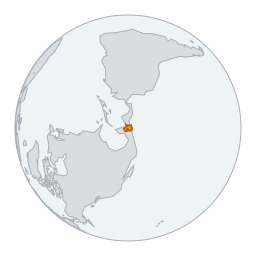 Guatemala highlighted on a globe, orthographic projection, rotated 236°
{"feature_id": "GTM", "entity_name": "Guatemala", "entity_type": "country or territory", "adm_level": 0, "iso_a3": "GTM", "parent_name": "North America", "parent_adm1": "", "projection": "orthographic", "projection_center": [-90.227, 15.776], "detail": "fine", "context": "on_globe", "style": "filled", "palette": "amber", "viewbox_px": 256, "rotation_deg": 236, "n_neighbors": 0, "source": "natural_earth", "source_scale": "50m", "svg_char_len": 9126}
<svg xmlns="http://www.w3.org/2000/svg" viewBox="0 0 256 256"><g transform="rotate(236 128 128)"><circle cx="128" cy="128" r="113" fill="#eef3f6" stroke="#a8b0b8"/><path d="M151.3,142.0L148.6,140.9L146.1,144.4L136.8,139.4L133.2,132.8L103.4,122.3L100.1,118.8L99.7,113.2L88.2,94.6L93.9,111.9L89.8,108.4L86.1,102.2L87.9,100.8L85.0,91.7L81.1,88.2L79.8,77.2L85.5,64.0L87.0,66.2L88.2,63.1L86.4,60.4L85.0,59.4L86.8,47.6L82.1,41.4L77.3,42.4L80.9,40.2L69.5,44.5L64.8,44.6L72.2,42.8L74.5,41.4L72.4,40.4L74.3,38.8L74.4,37.5L76.9,35.8L81.1,35.3L82.8,34.3L81.1,33.7L82.6,31.9L84.8,32.8L87.6,29.9L95.0,29.2L98.7,34.5L104.9,33.9L114.1,39.1L115.4,37.6L119.7,39.2L122.7,38.2L123.5,39.8L125.2,37.7L123.8,36.4L124.1,35.2L125.7,34.6L127.1,36.4L126.5,37.0L127.8,37.2L127.8,38.4L128.7,37.5L130.2,39.9L131.2,36.7L134.4,38.0L134.7,39.9L131.5,40.7L124.2,48.1L123.5,50.9L125.8,53.6L136.9,56.4L137.5,59.2L140.6,62.4L141.8,60.2L139.8,57.0L142.7,54.0L139.8,50.8L140.6,49.3L139.0,45.9L142.7,45.5L147.2,47.0L148.8,49.9L150.8,50.8L152.1,47.5L157.7,52.7L166.1,56.2L167.2,57.9L164.2,61.6L157.1,62.6L153.2,68.8L159.3,64.0L161.9,68.8L163.8,69.4L165.7,68.9L166.1,66.9L167.7,68.5L162.3,73.5L160.8,72.0L162.5,70.4L159.2,71.0L155.6,75.0L157.2,77.5L150.1,81.9L151.1,83.8L150.1,86.1L148.9,82.6L150.9,89.1L142.9,97.3L145.4,109.1L139.1,100.3L134.5,99.5L129.1,100.0L129.4,101.9L121.8,100.8L115.6,105.1L114.1,114.7L117.5,121.9L125.8,121.9L127.9,117.7L133.8,116.6L130.5,127.8L140.9,128.8L140.4,137.0L143.5,141.0L148.5,139.6L153.8,141.2L157.2,136.1L162.9,133.0L163.4,139.6L166.2,133.2L169.5,136.1L180.5,134.3L179.8,135.9L189.1,142.2L198.6,143.8L200.7,148.1L199.7,151.2L202.8,151.3L202.8,153.2L214.5,153.0L219.8,155.8L219.2,162.3L213.9,171.0L207.2,187.0L197.1,194.1L193.3,200.2L183.2,209.6L177.3,210.1L177.6,213.5L173.3,216.3L169.0,217.0L167.2,219.7L164.0,220.1L165.4,221.5L158.7,225.1L158.9,227.4L153.7,230.0L153.9,231.2L152.4,231.3L150.5,231.9L149.9,232.6L146.2,231.8L146.8,229.0L149.3,227.3L147.5,227.2L153.0,222.6L150.5,223.7L153.7,216.9L158.6,210.6L164.4,191.7L162.6,188.0L154.8,184.1L145.5,169.7L148.4,163.1L146.2,160.2L153.5,150.5L151.3,142.0ZM31.1,104.9L31.7,102.3L32.1,104.2L31.1,104.9ZM31.7,100.6L31.5,101.5L31.5,100.7L31.7,100.6ZM31.3,99.9L31.6,100.4L31.2,100.1L31.3,99.9ZM30.8,99.3L31.1,99.5L30.8,99.3ZM145.3,113.2L157.2,118.0L150.9,119.3L152.0,118.1L148.9,116.0L143.2,114.2L137.6,115.9L145.3,113.2ZM30.3,97.7L30.2,97.2L30.6,97.1L30.3,97.7ZM149.6,106.2L147.6,106.0L149.5,105.7L149.6,106.2ZM84.0,59.3L86.2,60.5L87.0,63.8L85.0,62.8L84.0,59.3ZM82.7,53.7L84.2,53.6L82.7,56.6L82.3,55.7L82.7,53.7ZM73.3,43.7L74.7,44.2L72.7,44.3L73.3,43.7ZM74.0,37.7L73.0,38.1L73.4,37.3L74.0,37.7ZM137.1,46.4L138.0,46.2L137.8,46.9L137.1,46.4ZM135.5,45.3L134.6,46.3L133.7,46.0L134.2,45.3L135.5,45.3ZM77.7,34.0L78.8,32.8L78.4,33.9L77.7,34.0ZM136.8,44.1L132.2,45.2L130.6,44.6L131.5,41.7L136.8,44.1ZM79.9,32.0L82.4,29.2L80.4,29.8L87.6,26.9L83.0,30.0L82.9,31.2L81.6,31.1L79.9,32.0ZM122.7,36.3L124.2,37.6L121.4,37.2L122.7,36.3ZM120.8,36.4L111.8,37.4L110.4,35.5L113.7,35.4L110.6,33.6L114.4,32.1L116.9,32.8L117.1,34.3L118.3,32.6L120.8,36.4ZM91.1,25.8L92.4,25.2L91.9,25.8L91.1,25.8ZM124.0,34.7L122.3,35.0L120.9,33.3L124.1,32.4L123.5,33.2L124.0,34.7ZM108.0,34.0L107.5,32.7L110.4,31.1L110.6,30.5L114.3,32.0L108.0,34.0ZM124.7,33.3L125.7,32.1L127.8,32.4L125.5,34.3L124.7,33.3ZM119.3,33.2L118.8,32.4L120.1,32.6L119.3,33.2ZM136.0,33.2L134.0,33.4L133.2,32.4L136.0,33.2ZM125.9,31.6L125.2,31.5L124.6,31.2L125.7,30.6L125.9,31.6ZM116.1,30.8L117.4,30.5L114.7,30.1L116.8,29.1L118.9,30.3L118.8,29.4L119.5,29.1L120.5,30.5L116.1,30.8ZM125.2,29.1L128.5,30.6L132.4,30.4L133.3,31.2L126.9,31.4L125.2,29.1ZM122.3,29.7L124.3,29.5L124.4,30.4L123.1,31.2L122.3,29.7ZM117.4,28.0L113.8,29.2L113.4,29.0L117.4,28.0ZM126.3,28.8L125.4,28.5L126.5,28.7L126.3,28.8ZM120.1,28.0L118.9,28.4L118.5,28.1L120.1,28.0ZM124.8,27.5L125.9,27.9L125.1,28.4L124.8,27.5ZM122.7,27.5L122.5,27.0L124.1,28.3L122.1,27.8L122.7,27.5ZM120.0,27.6L119.4,27.5L120.6,27.4L120.0,27.6ZM127.3,25.5L129.6,27.1L127.8,28.1L125.8,26.4L127.3,25.5ZM151.9,233.5L146.3,232.2L149.6,232.8L153.2,231.4L155.7,232.5L151.9,233.5ZM161.8,229.8L165.1,228.7L165.6,229.0L163.4,229.8L161.8,229.8ZM205.6,46.4L204.5,45.4L206.9,47.7L208.0,48.7L210.3,51.1L207.5,48.7L210.1,52.7L218.3,64.1L218.8,66.6L217.1,66.7L209.3,57.6L209.0,53.1L206.2,50.4L202.2,48.1L202.4,47.1L200.7,45.8L200.2,44.3L195.4,39.7L194.2,38.2L188.5,34.4L187.1,33.3L190.9,35.7L192.9,36.8L189.6,33.8L187.8,32.6L184.3,30.5L183.9,30.2L180.9,28.6L177.1,26.6L184.8,30.7L192.1,35.4L199.1,40.6L205.6,46.4ZM177.1,26.6L179.2,28.0L175.2,26.1L170.7,24.1L169.8,23.9L177.0,27.3L179.6,28.5L181.1,29.1L188.4,33.3L190.3,34.8L184.2,31.8L186.4,33.9L180.7,31.0L164.7,22.7L160.0,20.7L160.4,20.1L163.8,21.2L165.3,21.8L167.0,22.3L177.1,26.6ZM165.8,21.9L165.6,21.8L165.8,21.9ZM158.7,19.6L157.8,19.4L157.1,19.2L158.7,19.6ZM132.1,15.4L122.0,15.8L116.6,16.1L117.7,15.8L108.7,17.1L103.4,18.1L104.3,18.0L100.6,19.0L102.2,18.6L102.3,18.7L93.5,22.0L90.6,23.0L87.7,25.0L88.2,25.1L90.2,24.4L87.6,26.9L80.4,29.8L79.7,29.5L75.6,31.9L74.8,31.1L72.2,31.7L73.7,30.0L71.5,30.9L70.2,31.8L66.2,34.0L63.8,35.4L68.3,32.5L71.5,30.5L77.9,28.1L75.8,28.6L78.1,27.4L78.4,27.1L76.8,27.7L75.5,28.4L77.3,27.4L84.7,24.0L92.2,21.2L100.0,18.9L107.9,17.2L115.9,16.0L124.0,15.4L132.1,15.4ZM240.0,115.7L239.3,123.9L237.6,121.1L232.0,109.3L231.0,102.3L228.1,95.8L219.0,67.1L220.0,66.4L216.3,58.1L220.0,63.1L224.5,69.9L228.4,77.0L231.8,84.3L234.7,91.9L237.0,99.7L238.8,107.6L240.0,115.7ZM225.6,79.7L226.7,81.6L225.6,79.7ZM180.9,134.2L182.3,135.3L180.5,135.6L180.9,134.2ZM150.2,122.1L152.6,122.1L154.0,123.0L152.2,123.5L150.2,122.1ZM169.9,120.3L172.6,120.5L169.9,121.4L169.9,120.3ZM159.0,118.6L167.8,120.3L162.6,122.9L157.1,121.9L160.8,120.9L159.0,118.6ZM149.0,110.2L150.5,110.5L150.2,111.8L149.0,110.2ZM151.0,106.1L150.5,106.3L149.6,105.4L151.0,106.1ZM162.2,68.5L162.6,68.1L164.7,68.0L164.0,69.0L162.2,68.5ZM172.3,63.1L174.7,65.9L172.5,64.4L172.0,66.1L166.7,65.2L167.5,58.7L168.0,61.7L172.3,63.1ZM159.8,62.7L163.1,63.7L159.5,62.9L159.8,62.7ZM191.9,41.3L193.0,41.4L195.2,43.1L196.6,46.0L193.5,43.4L191.9,41.3ZM194.2,41.2L187.7,37.8L186.6,36.2L188.3,37.6L188.2,36.9L190.9,39.0L196.2,41.1L198.4,42.9L199.8,46.7L198.1,44.3L197.1,44.2L194.2,41.2ZM173.3,35.1L170.5,34.4L171.6,31.6L174.1,32.6L175.7,35.3L173.7,35.8L173.3,35.1ZM139.2,39.2L138.0,39.7L137.7,39.2L138.3,38.3L139.2,39.2ZM135.2,33.3L143.8,36.7L142.9,37.3L149.0,38.9L149.1,41.4L145.1,40.2L149.8,43.5L146.2,43.4L149.6,45.5L140.8,42.6L137.8,43.0L141.1,41.6L141.1,39.3L140.2,38.4L135.5,36.2L129.0,36.1L128.0,34.1L129.0,32.7L130.4,32.4L130.6,33.8L132.3,32.4L133.7,34.2L135.2,33.3ZM141.3,21.8L141.0,22.8L144.7,21.8L146.1,23.0L146.4,22.8L148.7,23.7L152.1,24.5L152.2,25.1L153.5,25.2L155.0,26.0L156.8,26.4L157.7,27.7L159.9,28.3L159.1,28.6L162.7,29.4L160.4,29.4L162.2,30.6L163.5,30.0L164.1,37.5L166.1,41.2L169.0,44.5L164.7,44.4L159.2,41.5L153.8,37.7L152.5,34.3L150.8,35.1L149.7,33.8L151.5,33.7L148.0,33.1L147.6,32.0L142.8,29.6L138.0,29.6L136.2,28.9L137.8,28.4L134.8,28.0L136.6,26.6L135.3,26.1L135.8,24.3L139.7,23.9L137.9,23.4L138.2,22.2L141.3,21.8ZM127.6,25.0L132.0,23.8L134.9,24.0L132.8,27.0L133.7,27.7L132.5,30.0L128.3,29.8L129.1,29.1L128.8,28.4L130.2,28.7L128.9,28.0L129.9,27.1L129.1,26.3L130.7,26.1L127.6,25.0ZM212.2,53.6L211.6,52.8L214.0,55.4L214.3,56.0L212.2,53.6ZM209.2,50.3L211.4,52.6L210.4,51.7L209.2,50.3ZM190.2,35.0L189.3,34.3L190.0,34.7L191.4,35.7L190.2,35.0ZM152.5,20.4L151.9,20.6L151.1,20.4L147.9,20.3L146.6,19.7L148.0,19.4L152.5,20.4ZM150.6,19.6L149.4,19.6L149.5,19.3L150.6,19.6ZM145.5,19.2L145.2,18.8L146.1,19.6L145.5,19.2ZM148.4,17.2L149.6,17.5L144.3,16.7L137.9,15.9L143.8,16.6L147.3,17.0L147.6,17.1L148.4,17.2ZM124.0,15.7L123.6,15.9L122.1,15.9L124.0,15.7ZM124.9,15.8L127.5,16.0L126.2,16.2L124.4,16.0L124.9,15.8ZM139.3,17.1L141.1,17.3L141.0,17.5L139.3,17.1ZM91.5,25.3L92.3,25.2L91.0,25.7L91.5,25.3ZM103.3,18.5L103.2,18.7L101.7,19.0L103.3,18.5ZM102.3,19.4L104.0,18.9L102.7,19.4L102.3,19.4ZM107.8,17.8L104.9,18.7L107.0,17.9L107.8,17.8Z" fill="#d9dde1" stroke="#a8b0b8" stroke-width="1"/><path d="M124.2,130.4L124.3,130.2L124.3,129.9L124.3,129.7L124.5,129.4L124.2,129.0L124.3,129.0L124.3,128.9L124.5,128.5L124.7,128.1L125.0,127.7L125.1,127.4L125.7,127.4L126.1,127.4L126.6,127.4L127.1,127.4L127.4,127.4L127.6,127.4L127.6,127.2L127.6,126.9L127.5,126.7L127.3,126.6L127.2,126.6L127.2,126.4L127.1,126.2L126.9,126.0L126.6,125.9L126.3,125.6L126.1,125.4L125.9,125.2L126.2,125.1L126.6,125.1L126.6,124.7L126.6,124.4L126.6,124.0L127.3,124.0L128.1,124.0L128.9,124.0L129.6,124.0L130.0,124.0L130.0,124.5L130.0,125.0L129.9,125.4L129.9,126.0L129.9,126.5L129.9,127.3L129.9,127.8L130.1,127.8L130.4,127.8L130.5,127.8L130.9,127.9L131.1,128.0L131.2,127.8L131.1,127.7L131.8,128.1L131.7,128.1L131.5,128.3L131.2,128.6L130.9,128.8L130.6,129.0L130.4,129.2L130.1,129.4L129.9,129.7L129.9,129.8L130.0,129.9L130.0,130.2L130.0,130.3L129.8,130.4L129.7,130.6L129.4,130.7L129.2,130.7L129.2,130.8L129.3,130.9L129.3,131.0L129.1,131.1L128.9,131.3L128.7,131.4L128.5,131.5L128.3,131.7L128.2,131.8L128.3,132.0L127.5,131.7L127.3,131.6L126.2,131.6L125.8,131.5L125.3,131.3L125.0,131.0L124.2,130.4Z" fill="#f59e0b" stroke="#b45309" stroke-width="1.5"/></g></svg>